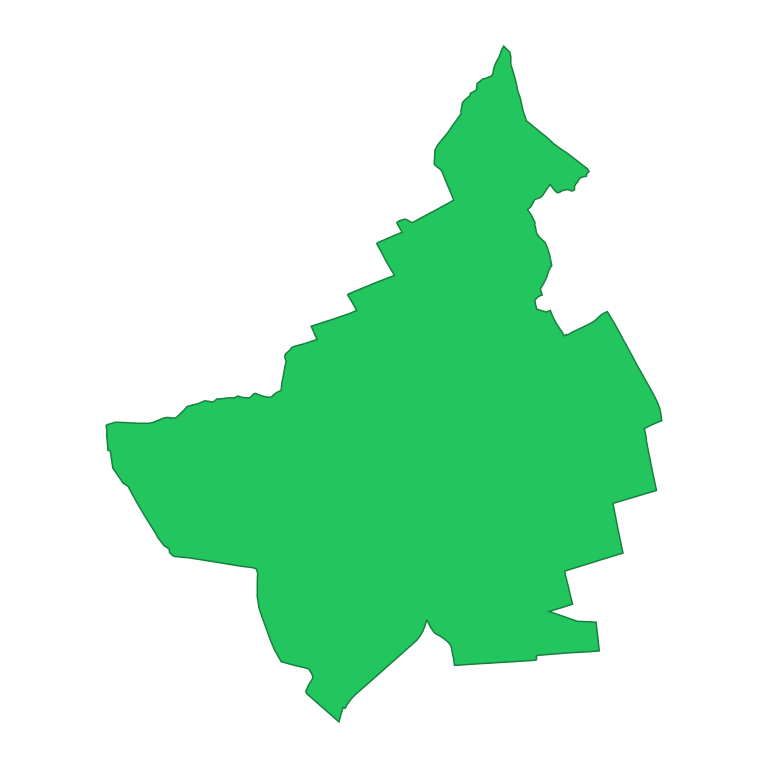 the district of Toboliu, Bihor, Romania
{"feature_id": "2599482B89514629936161", "entity_name": "Toboliu", "entity_type": "district", "adm_level": 2, "iso_a3": "ROU", "parent_name": "Romania", "parent_adm1": "Bihor", "projection": "natural_earth1", "projection_center": [21.714, 47.047], "detail": "fine", "context": "isolated", "style": "filled", "palette": "green", "viewbox_px": 768, "rotation_deg": 0, "n_neighbors": 0, "source": "geoboundaries", "source_scale": "gbopen_adm2", "svg_char_len": 5668}
<svg xmlns="http://www.w3.org/2000/svg" viewBox="0 0 768 768"><path d="M596.1,622.2L591.6,621.9L577.4,621.3L552.5,612.6L549.1,611.4L553.6,610.1L562.3,607.5L572.6,604.1L569.7,593.0L568.7,588.0L565.5,575.5L564.8,571.7L564.7,571.1L597.8,560.8L622.7,553.1L623.0,553.1L618.0,529.4L613.0,503.4L656.5,490.4L653.8,477.6L653.3,475.4L652.8,473.1L652.5,471.3L651.8,468.3L650.6,461.9L648.3,450.7L648.2,450.1L647.4,446.0L646.3,440.1L646.4,439.4L646.3,438.0L645.0,431.6L644.4,428.5L651.4,425.0L656.7,422.7L661.5,420.8L661.9,420.6L661.5,419.9L661.3,419.0L661.5,417.8L661.3,417.1L660.6,412.5L659.7,408.1L657.7,403.1L655.3,397.9L652.8,393.2L641.0,372.1L637.9,366.6L630.9,353.6L625.8,344.1L623.6,340.3L618.6,330.9L615.6,325.5L614.5,323.5L613.8,322.3L613.5,321.7L612.9,320.8L607.7,312.2L607.3,311.6L607.1,311.6L603.2,313.6L601.2,314.8L594.7,320.8L590.3,323.4L588.9,324.2L587.1,325.1L586.5,325.4L579.8,328.6L572.9,331.8L567.2,335.2L566.5,334.3L566.1,334.6L565.6,334.9L564.0,335.8L562.1,331.8L559.7,328.7L556.3,323.4L552.9,316.9L550.3,310.4L546.6,312.0L546.4,312.1L536.8,309.2L535.4,303.9L535.5,303.4L535.0,301.5L534.9,300.2L536.7,298.1L538.1,296.9L538.6,296.5L538.7,296.4L541.5,295.2L542.2,295.0L541.8,293.7L540.3,289.0L543.9,283.0L546.5,277.6L548.9,270.4L550.5,267.2L551.8,265.7L549.5,254.3L547.3,247.6L545.0,242.4L538.6,236.4L538.0,235.1L536.3,232.6L536.2,231.2L535.6,228.1L535.6,227.4L535.5,227.1L535.4,226.4L534.4,224.4L534.9,223.8L534.9,222.1L531.3,215.1L527.5,209.5L528.5,208.7L529.5,208.0L530.2,207.4L530.9,206.6L531.1,206.3L531.3,206.1L532.3,204.1L533.3,202.3L534.1,200.6L534.9,199.6L536.1,199.1L540.1,197.6L541.8,196.4L543.1,194.7L544.9,192.0L547.9,187.5L550.3,184.5L554.1,189.9L557.2,192.8L559.0,192.5L561.4,191.3L563.4,190.3L566.9,189.6L568.4,189.8L570.7,190.7L571.3,190.9L572.8,190.8L574.3,190.1L574.6,189.5L574.6,188.4L574.5,187.2L574.7,186.2L575.2,184.9L576.7,182.9L577.6,182.1L578.0,181.1L578.7,179.8L579.6,178.4L580.5,177.8L582.0,177.2L584.0,176.7L586.5,176.2L586.6,175.3L586.4,173.9L587.7,172.8L589.1,171.7L587.6,168.9L566.6,152.7L561.1,149.2L559.4,148.0L556.5,145.8L553.5,143.6L550.9,141.1L549.3,139.6L546.4,137.0L543.9,134.9L541.6,133.2L526.5,120.8L526.3,120.8L525.2,116.7L524.9,115.5L524.4,114.9L524.2,114.5L523.9,113.6L523.0,110.4L522.6,108.8L522.5,108.3L522.3,107.5L521.2,102.5L521.1,101.7L520.8,100.6L520.8,100.4L520.7,99.9L520.5,99.1L519.7,96.4L517.6,90.6L517.2,88.3L517.2,88.0L516.5,84.3L515.1,78.8L513.2,71.9L511.7,67.1L510.8,64.2L510.8,56.9L510.2,53.6L509.9,52.3L503.7,46.1L501.6,49.9L500.3,53.6L498.9,57.3L496.0,62.5L494.0,67.6L492.9,73.4L491.7,75.8L485.3,78.5L483.0,78.9L480.0,81.2L477.1,83.5L476.4,90.0L473.2,91.8L470.5,93.3L469.7,95.9L468.0,97.3L466.3,98.8L464.4,100.3L462.5,102.8L461.9,105.7L461.0,110.3L461.0,113.7L456.2,120.6L452.1,126.1L449.8,129.9L446.3,134.5L440.0,142.0L437.4,145.4L434.9,150.2L434.6,157.5L434.3,160.3L434.3,164.0L435.3,165.5L440.1,169.2L441.8,171.1L444.3,177.3L447.3,184.8L450.6,192.4L453.7,200.1L446.5,204.2L434.0,211.0L421.7,217.5L414.4,221.6L412.0,222.7L406.6,219.6L404.6,219.2L403.3,219.5L399.5,220.8L397.2,222.1L396.9,223.0L398.3,225.7L402.1,232.2L391.7,236.6L377.9,242.5L376.8,243.5L377.4,245.0L381.8,252.8L385.8,260.7L390.2,268.2L394.4,275.3L392.1,276.3L375.0,282.9L364.3,287.4L348.3,294.0L347.6,294.8L352.2,302.5L356.7,310.4L349.6,313.5L335.6,318.3L322.1,322.7L311.1,326.3L313.5,331.4L317.0,339.4L304.6,343.6L295.7,346.0L291.7,347.4L291.3,348.3L290.2,349.8L287.4,352.3L285.6,354.0L284.9,355.3L284.9,357.0L285.0,358.4L286.2,361.0L284.7,367.5L283.5,374.7L282.0,382.1L281.1,390.4L276.8,392.4L273.4,395.0L272.0,396.5L270.1,397.2L268.4,397.3L262.3,396.0L259.4,395.0L255.9,393.5L254.6,393.5L253.5,394.0L251.2,396.6L249.9,397.7L247.9,397.9L243.9,397.5L241.6,397.3L239.9,396.7L238.4,396.1L237.1,396.3L234.8,397.7L232.9,397.9L230.1,397.8L227.1,398.0L223.3,398.5L219.9,398.9L217.0,398.9L213.9,401.5L212.4,402.1L209.5,401.5L204.9,400.8L201.0,402.4L198.3,403.6L192.3,405.1L187.1,406.5L184.3,409.8L177.3,416.6L175.9,417.7L173.3,418.2L169.1,417.6L166.9,417.4L164.1,418.0L161.6,418.9L157.9,420.4L153.4,422.3L149.0,423.3L146.9,423.3L139.6,423.3L128.7,422.8L124.1,422.5L115.4,422.2L110.6,423.7L107.3,424.6L106.1,425.6L106.3,427.0L106.6,428.9L107.0,431.2L106.7,433.1L106.7,435.8L107.3,441.5L107.7,446.6L107.9,450.4L110.2,450.7L111.6,459.9L112.8,468.1L115.8,472.4L123.1,483.1L128.1,486.4L132.3,494.3L138.4,505.3L146.4,518.7L155.0,532.3L158.0,537.8L164.0,545.6L169.3,549.1L169.5,552.5L171.0,554.0L172.5,555.5L174.2,556.4L181.4,557.2L188.0,557.7L193.6,558.6L199.7,559.5L240.2,566.1L253.4,567.8L256.2,568.9L257.7,573.1L257.4,576.7L257.3,584.3L257.3,589.8L257.2,596.5L258.4,603.7L258.8,607.4L262.0,617.0L266.3,628.7L270.4,640.1L274.7,650.2L281.2,661.7L295.4,665.6L306.3,668.1L309.0,669.2L310.2,671.4L311.9,674.1L312.9,676.9L312.6,678.5L308.3,685.5L308.0,686.2L305.9,691.2L305.7,691.7L307.0,694.0L309.0,695.7L316.6,702.3L319.1,704.5L324.7,709.4L338.9,721.9L341.5,712.6L343.2,707.5L345.2,708.3L347.0,704.7L351.3,698.8L354.4,695.5L379.0,673.8L416.9,640.2L420.3,635.5L422.7,631.6L425.0,625.9L426.6,620.4L427.5,620.8L428.4,623.1L430.6,627.2L433.4,631.6L434.3,632.6L436.2,634.1L440.4,636.3L443.8,638.5L448.3,642.3L448.5,642.6L449.9,644.3L450.2,644.4L450.8,645.8L451.6,648.9L452.2,652.0L452.8,655.1L453.6,658.7L454.5,665.4L469.0,664.4L477.3,663.9L481.1,663.6L485.2,663.4L489.4,663.2L499.5,662.5L505.2,662.2L509.7,661.9L513.1,661.7L520.1,661.2L528.4,660.7L533.3,660.4L535.9,660.1L536.2,659.9L536.5,659.4L536.5,658.6L536.5,657.2L536.5,656.2L536.8,655.9L537.3,655.5L537.9,655.3L543.8,654.9L549.2,654.4L569.7,652.8L573.1,652.6L584.8,652.0L587.8,651.8L599.3,650.9L597.4,633.6L596.7,627.9L596.1,622.2Z" fill="#22c55e" stroke="#15803d" stroke-width="1.5"/></svg>